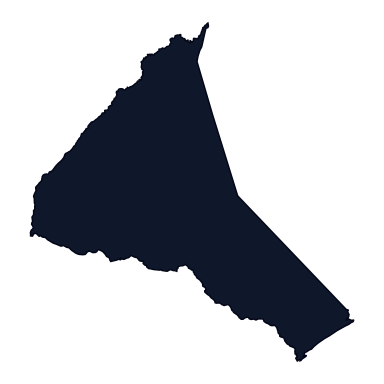 the district of Cheringoma, Sofala, Mozambique
{"feature_id": "85939544B41216917110496", "entity_name": "Cheringoma", "entity_type": "district", "adm_level": 2, "iso_a3": "MOZ", "parent_name": "Mozambique", "parent_adm1": "Sofala", "projection": "orthographic", "projection_center": [35.177, -18.487], "detail": "fine", "context": "isolated", "style": "filled", "palette": "ink", "viewbox_px": 384, "rotation_deg": 0, "n_neighbors": 0, "source": "geoboundaries", "source_scale": "gbopen_adm2", "svg_char_len": 5857}
<svg xmlns="http://www.w3.org/2000/svg" viewBox="0 0 384 384"><path d="M91.3,122.2L88.3,125.7L88.0,126.4L88.1,127.4L87.9,128.1L86.2,128.7L85.7,129.5L85.4,130.7L84.8,130.8L84.4,131.7L83.9,131.9L83.2,133.3L81.9,133.5L81.5,133.9L80.7,137.0L80.0,137.8L79.2,138.4L78.4,140.0L77.5,140.8L77.4,141.7L76.2,143.0L75.1,145.7L73.8,146.3L72.5,148.6L70.0,151.3L68.4,152.0L67.8,152.6L65.6,153.5L64.7,154.9L64.3,156.5L63.2,158.4L61.3,160.7L58.4,163.2L55.8,166.0L52.3,170.7L51.5,171.3L49.4,172.0L48.6,173.7L48.0,174.1L47.2,174.3L46.4,174.0L44.4,174.4L43.2,175.1L42.3,176.5L41.8,179.6L41.2,181.3L39.4,182.8L38.3,184.4L36.0,186.9L35.7,187.5L36.0,190.7L34.2,194.4L33.6,196.5L34.3,198.4L34.4,202.7L35.1,205.0L34.7,206.2L34.8,208.4L34.7,209.1L33.5,210.9L33.7,212.2L33.5,215.0L32.4,216.4L32.0,217.2L32.6,221.4L31.8,223.0L31.6,224.2L33.2,227.0L33.3,227.6L32.8,228.7L31.4,230.1L30.8,231.3L30.4,232.9L30.7,234.9L30.5,235.8L31.0,236.0L32.5,236.1L32.9,235.5L33.3,234.4L33.9,233.8L35.0,233.4L36.2,233.5L37.0,234.1L38.9,236.1L39.5,236.2L40.1,235.7L40.7,235.7L42.3,237.0L45.4,237.5L47.6,239.7L53.2,243.1L56.1,244.1L60.6,246.0L61.6,246.1L62.6,245.6L63.7,245.6L66.5,247.2L69.1,247.8L71.8,250.4L75.9,253.2L77.8,254.0L79.3,254.4L82.9,254.7L85.1,254.4L86.0,253.6L87.2,252.0L88.8,251.2L90.1,251.3L92.8,252.6L95.6,252.4L96.8,251.6L97.9,249.8L98.3,249.6L99.0,249.8L101.8,251.0L103.1,251.9L105.2,254.2L106.6,256.4L107.2,256.8L109.0,257.6L109.6,258.7L109.9,260.1L110.8,261.5L116.9,260.0L119.0,259.1L119.4,259.2L119.9,259.7L120.6,259.7L121.2,259.2L121.1,258.2L123.1,259.3L124.4,259.2L126.9,258.0L128.7,257.6L130.8,255.6L131.6,255.7L134.6,257.1L136.9,257.6L137.5,258.1L139.2,260.4L140.1,261.0L143.4,261.4L143.7,262.2L143.2,262.9L143.2,263.6L144.9,265.1L146.5,265.6L146.8,267.0L148.6,268.5L151.1,268.9L153.5,269.5L159.6,270.1L160.3,270.0L160.8,269.5L161.5,270.2L162.5,270.6L166.8,271.2L167.6,271.1L169.9,269.7L170.6,269.7L173.5,270.6L175.1,270.7L176.8,271.3L176.9,270.6L176.8,269.5L177.8,268.4L178.2,266.9L178.5,266.6L179.9,265.9L182.9,265.7L184.1,265.2L185.0,264.4L185.6,264.4L186.2,265.4L187.5,265.9L187.9,266.4L188.6,268.2L190.5,268.9L191.4,269.9L193.1,270.2L193.4,272.0L194.2,273.1L194.5,274.4L196.2,276.1L196.9,277.8L199.9,280.0L202.3,283.1L202.7,284.3L202.7,285.8L203.1,286.4L205.4,287.5L205.9,290.1L205.7,290.5L205.0,290.6L204.7,290.8L204.9,292.2L208.0,294.8L209.2,295.4L211.0,297.7L213.5,299.5L214.8,301.1L215.1,302.7L216.1,303.1L219.9,303.0L221.8,304.5L224.1,305.5L227.4,304.6L228.6,304.8L229.3,305.4L230.9,307.4L231.9,310.3L233.0,311.2L233.7,312.5L237.2,314.8L238.6,316.5L239.3,317.8L240.3,318.3L240.7,318.9L241.4,319.3L243.1,319.2L245.1,317.8L247.3,317.1L248.5,317.5L249.1,318.6L250.3,319.3L251.5,319.4L253.9,319.0L255.3,319.8L256.2,319.9L258.3,318.9L262.4,318.9L262.9,319.1L263.4,319.6L264.1,321.5L266.3,323.0L267.9,323.5L270.2,325.1L271.2,325.6L274.8,325.5L275.6,325.9L276.9,327.9L278.0,331.5L278.1,332.8L278.4,333.3L279.7,334.5L279.8,336.3L280.8,336.9L283.0,337.5L284.0,338.1L284.9,341.0L286.9,343.6L287.5,344.1L289.1,344.9L290.2,346.3L291.6,346.4L292.2,347.1L293.1,347.0L294.9,348.6L295.3,349.8L294.9,350.9L295.1,353.9L295.8,354.2L296.7,353.9L296.9,354.3L296.4,355.6L297.0,355.9L297.4,356.7L296.3,357.4L295.8,358.3L297.3,361.0L297.8,360.8L298.2,360.2L299.5,359.5L300.1,359.7L300.0,360.8L300.9,360.5L302.1,359.0L305.6,356.6L306.3,355.9L306.2,355.6L305.3,355.8L304.4,356.4L303.3,356.4L303.4,356.1L304.6,354.9L304.3,353.2L304.5,352.8L306.6,351.8L309.6,349.8L311.5,349.1L313.9,346.5L317.7,343.3L324.4,338.6L329.3,335.8L337.2,330.5L345.3,326.0L348.7,324.4L351.1,322.6L353.1,321.7L353.6,320.6L353.5,320.1L352.1,320.3L351.1,320.2L348.7,319.1L348.0,319.2L347.0,319.9L346.2,320.0L346.4,319.3L347.8,318.5L348.9,315.8L348.7,315.1L349.0,314.6L347.6,311.6L347.8,311.1L348.2,310.6L348.1,310.0L347.7,309.8L346.5,309.7L237.9,196.1L237.4,195.0L212.4,114.2L197.0,61.6L197.9,56.5L199.8,50.4L201.7,46.8L205.7,29.1L206.6,27.7L207.6,27.8L208.4,26.6L208.3,24.9L207.9,23.0L207.1,23.5L206.6,24.6L205.0,25.4L204.0,27.1L202.8,27.7L202.6,29.3L202.0,30.1L202.0,31.0L201.2,32.3L201.1,34.0L200.3,34.7L199.9,35.7L198.7,36.1L198.7,37.3L198.3,38.0L197.7,38.5L196.7,38.7L193.8,38.3L193.5,38.7L193.4,40.8L192.1,42.1L191.7,42.0L190.4,40.7L190.1,40.7L190.0,41.5L190.5,42.5L189.9,42.8L189.3,42.8L188.1,41.6L188.0,41.2L188.1,40.3L187.5,40.2L185.9,41.1L185.6,41.0L185.1,40.4L185.2,39.6L184.6,38.7L183.1,38.5L182.1,37.5L180.9,37.3L180.7,36.9L180.8,35.4L180.6,34.6L179.7,34.7L178.8,35.4L177.9,35.0L177.3,35.0L176.6,35.4L175.7,35.5L175.1,36.0L174.7,37.6L174.0,38.4L173.1,38.5L172.4,38.1L171.4,38.3L170.2,39.3L170.1,40.2L171.2,42.7L170.2,43.7L169.9,44.6L169.1,46.1L166.7,46.6L166.0,47.5L164.3,48.6L162.5,48.0L160.6,49.1L159.1,49.1L158.9,49.8L159.3,50.4L158.9,51.1L157.5,51.6L156.8,52.6L154.4,53.9L154.3,54.5L153.9,54.8L153.0,54.9L152.0,54.2L151.2,54.3L150.6,55.2L150.4,54.5L149.9,54.2L148.8,54.6L148.0,54.4L147.6,54.5L147.9,55.4L146.6,57.1L146.0,56.9L145.5,57.2L145.2,57.7L145.4,58.0L145.4,58.5L144.9,58.6L143.9,58.1L143.7,58.3L143.8,59.0L143.1,59.8L142.9,60.8L141.3,61.7L141.2,62.2L141.8,63.4L141.3,67.3L141.7,68.0L142.0,69.4L143.2,69.7L143.5,70.3L142.6,72.0L142.7,74.3L143.1,75.5L142.3,75.9L141.1,77.7L141.5,79.1L141.4,79.8L140.8,80.0L139.4,79.5L139.2,79.6L139.1,80.8L138.8,81.0L137.5,81.2L136.6,83.0L135.2,83.6L134.7,84.4L133.7,85.0L133.0,85.7L132.2,86.0L132.1,86.6L130.2,86.7L129.3,87.7L128.7,88.0L127.5,87.3L127.0,88.2L125.9,88.9L125.2,89.8L123.9,90.1L122.9,89.0L121.5,88.7L119.6,88.9L118.6,89.4L118.2,90.4L118.2,90.9L116.9,91.2L116.3,92.1L116.9,95.0L116.8,95.6L116.1,96.4L115.9,97.6L114.3,98.5L113.6,100.9L112.7,101.2L111.9,102.3L111.6,103.4L111.8,104.0L112.3,104.7L112.2,105.0L110.3,105.6L108.5,106.9L108.4,109.2L108.0,109.7L107.1,110.1L104.8,110.4L104.7,111.0L105.0,112.3L104.8,112.7L102.3,113.1L100.9,115.7L98.9,116.8L97.7,118.4L95.5,119.9L94.2,121.2L91.3,122.2Z" fill="#0f172a" stroke="#020617" stroke-width="1.5"/></svg>